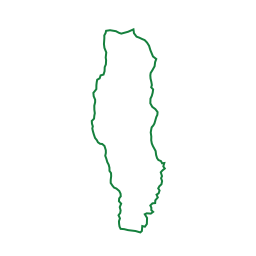 Ourizona, Paraná, Brazil (Albers equal-area conic projection), rotated 323°
{"feature_id": "56859067B49568811571304", "entity_name": "Ourizona", "entity_type": "district", "adm_level": 2, "iso_a3": "BRA", "parent_name": "Brazil", "parent_adm1": "Paraná", "projection": "albers", "projection_center": [-52.237, -23.461], "detail": "fine", "context": "isolated", "style": "outline", "palette": "green", "viewbox_px": 256, "rotation_deg": 323, "n_neighbors": 0, "source": "geoboundaries", "source_scale": "gbopen_adm2", "svg_char_len": 1957}
<svg xmlns="http://www.w3.org/2000/svg" viewBox="0 0 256 256"><g transform="rotate(323 128 128)"><path d="M135.9,177.8L134.0,176.7L134.4,174.3L133.0,171.8L133.1,169.5L134.2,166.5L136.2,163.0L137.0,157.5L137.7,154.7L139.2,151.7L141.5,148.8L143.5,145.2L145.5,143.3L147.3,141.7L149.7,141.2L151.8,140.3L154.5,138.3L157.3,136.2L159.3,135.2L161.2,133.1L161.2,129.4L160.1,125.7L160.7,121.7L163.6,118.1L166.3,116.7L168.9,114.7L171.3,112.3L171.0,109.5L172.9,108.1L174.4,105.2L175.8,102.0L177.5,99.4L179.2,97.7L182.1,96.6L186.4,94.7L189.3,91.7L192.1,89.9L191.0,85.9L192.7,79.4L194.3,75.0L194.6,71.2L194.2,67.8L192.8,65.4L191.4,62.7L189.8,60.2L189.8,55.9L191.7,52.5L186.0,51.2L179.5,48.6L178.2,46.8L176.6,43.4L172.5,39.1L169.0,37.2L167.2,38.7L164.8,39.8L163.1,42.1L161.2,44.3L159.3,46.5L157.4,49.8L156.1,54.6L152.6,58.3L151.3,60.7L148.6,63.9L146.0,65.4L143.5,68.5L140.6,70.6L137.8,69.5L135.2,71.3L132.5,70.9L130.8,72.4L128.6,74.7L126.1,77.9L123.9,78.5L121.5,79.1L119.7,82.0L118.8,85.6L117.3,87.6L114.5,89.9L112.1,93.2L110.4,96.2L108.4,98.0L106.5,100.1L103.3,100.6L101.8,102.9L100.9,105.5L99.2,106.9L98.1,109.3L96.8,112.7L95.7,116.1L95.8,119.0L95.4,121.3L96.2,123.8L97.8,125.3L98.4,128.2L96.9,132.4L95.3,134.6L93.1,136.5L92.3,139.2L90.9,142.9L90.5,145.6L89.3,148.5L87.4,151.1L87.3,153.8L85.6,156.3L82.9,159.1L81.1,161.5L80.9,164.7L81.0,167.2L82.3,169.4L83.1,173.1L82.5,176.0L81.1,178.2L78.6,178.9L76.7,181.0L77.0,184.3L73.8,186.2L72.5,189.4L70.6,191.2L67.9,192.0L67.2,195.3L64.7,197.0L63.2,199.2L61.9,201.6L61.4,204.1L64.0,206.4L66.6,209.6L72.0,214.8L75.0,218.8L77.1,218.6L80.4,214.9L82.1,217.0L85.3,216.0L89.1,211.3L89.5,207.0L91.6,207.4L94.7,210.1L97.6,210.1L97.2,207.6L98.7,205.7L99.2,203.3L102.2,202.9L104.5,204.3L106.3,202.2L110.0,201.4L110.7,198.4L113.1,198.6L115.6,196.9L115.8,194.4L118.0,193.4L120.8,193.1L123.3,190.9L124.2,188.0L126.2,186.9L127.5,183.1L130.0,182.6L133.0,182.5L133.1,179.9L135.9,177.8Z" fill="none" stroke="#15803d" stroke-width="2"/></g></svg>